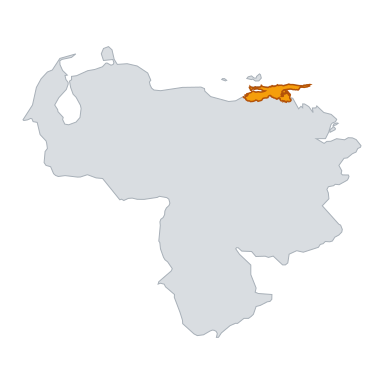 location of Sucre within Venezuela
{"feature_id": "VEN-49", "entity_name": "Sucre", "entity_type": "State", "adm_level": 1, "iso_a3": "VEN", "parent_name": "Venezuela", "parent_adm1": "", "projection": "albers", "projection_center": [-63.33, 10.402], "detail": "fine", "context": "in_parent", "style": "filled", "palette": "amber", "viewbox_px": 384, "rotation_deg": 0, "n_neighbors": 0, "source": "natural_earth", "source_scale": "10m", "svg_char_len": 8787}
<svg xmlns="http://www.w3.org/2000/svg" viewBox="0 0 384 384"><path d="M356.2,139.6L361.0,145.7L360.5,147.2L357.7,148.6L356.0,152.1L352.4,153.7L347.3,157.9L344.0,158.3L338.9,165.4L341.8,170.8L341.1,173.5L342.4,174.9L348.4,175.0L349.0,176.5L348.2,178.7L347.2,180.2L339.1,184.7L335.2,184.3L333.6,185.7L328.4,186.7L326.9,189.4L328.3,192.9L328.9,198.8L322.3,205.8L338.8,224.2L340.6,225.1L342.3,229.4L341.8,232.0L338.9,235.0L334.8,237.2L332.4,241.0L329.8,241.8L325.3,241.5L323.1,243.7L320.3,244.4L318.4,247.3L303.3,252.2L296.7,250.7L289.1,254.2L287.8,262.9L285.4,264.9L282.6,264.9L273.2,256.1L268.4,257.4L265.2,256.2L255.9,256.5L251.6,251.5L241.8,251.1L238.1,247.7L236.5,247.7L235.7,248.8L239.5,254.3L250.8,265.0L250.8,274.6L256.1,288.0L255.2,292.2L258.3,293.5L271.9,294.5L271.8,299.3L270.0,301.4L267.3,301.8L260.3,305.4L256.1,306.5L253.4,314.3L251.1,316.5L248.5,318.4L243.9,318.4L237.6,323.4L235.4,323.3L230.0,325.7L221.4,332.9L218.5,337.3L216.4,337.4L217.3,333.5L216.2,331.4L214.2,330.3L212.3,330.1L209.9,331.1L203.5,334.8L197.3,335.6L194.0,333.9L182.7,323.7L182.5,320.3L180.0,312.3L174.3,297.3L174.5,294.5L165.5,286.8L164.2,284.2L160.5,283.2L158.1,284.1L158.8,281.7L171.2,271.0L172.3,268.7L167.6,261.8L165.0,259.8L163.5,257.3L160.5,248.9L159.8,242.5L158.8,241.1L160.3,225.4L159.9,221.9L160.8,219.3L163.2,217.5L164.6,214.7L164.9,211.0L166.4,207.9L169.0,205.5L169.9,203.1L168.8,199.1L166.7,197.6L159.4,196.3L157.3,197.4L143.9,199.4L137.2,199.3L132.2,198.1L128.3,198.4L123.8,200.5L121.6,199.2L119.8,199.8L102.6,178.5L96.1,177.9L87.4,174.7L80.4,177.0L77.5,177.1L65.1,175.6L58.3,176.5L55.5,175.4L53.6,173.7L50.6,166.7L46.0,165.4L44.1,162.6L45.1,151.5L47.4,148.5L46.7,143.4L46.1,141.0L40.1,134.6L37.2,122.4L33.1,121.6L32.0,118.9L30.8,118.4L27.4,119.9L23.8,120.5L23.0,119.8L32.5,105.0L36.4,87.4L41.1,78.8L47.4,72.0L52.3,70.0L59.9,58.4L75.8,53.9L71.5,57.4L62.0,59.4L59.8,60.8L60.0,64.7L62.6,70.5L67.3,75.1L65.0,75.5L65.9,79.5L68.1,82.4L68.2,84.1L66.3,89.5L58.8,97.7L54.7,105.0L57.6,109.5L58.0,111.7L63.2,117.4L62.6,119.5L64.8,124.1L68.6,124.8L76.0,122.1L80.0,117.5L81.1,108.5L80.4,105.2L76.1,97.3L73.1,94.2L70.6,87.3L69.5,81.1L71.6,79.7L71.5,76.4L76.6,75.7L87.7,70.7L94.6,69.5L102.4,66.8L105.8,63.2L107.0,63.0L111.0,65.2L113.1,64.5L113.9,62.8L112.8,59.5L103.5,60.5L101.3,53.8L103.5,48.5L108.5,46.6L112.0,49.8L114.2,59.4L117.3,64.4L127.2,63.7L137.2,66.0L147.7,73.0L150.8,80.2L149.4,82.0L150.1,85.0L151.6,88.1L153.9,90.0L160.6,90.7L182.5,87.4L201.0,87.1L204.5,88.6L204.8,91.1L210.7,96.6L228.7,101.5L235.6,100.8L252.1,91.8L260.9,92.0L263.4,90.7L260.2,89.3L252.9,88.7L250.6,89.6L249.4,87.3L259.9,86.6L269.3,87.1L276.9,85.5L282.9,85.5L289.0,84.4L300.4,85.7L309.4,84.6L308.4,86.1L300.7,87.3L297.0,89.5L289.2,89.1L283.8,90.0L285.5,90.6L285.5,92.8L287.1,93.3L289.4,96.1L290.0,98.4L288.1,102.0L290.3,101.6L291.6,100.4L291.6,97.9L292.8,98.3L298.6,108.8L301.0,106.3L302.7,107.8L302.7,103.9L304.6,104.0L308.8,106.6L313.1,112.6L312.4,108.0L315.9,107.9L316.8,105.9L323.8,112.5L331.2,114.4L336.7,119.3L335.5,121.8L332.3,123.0L331.0,124.5L328.6,132.4L325.5,138.6L316.2,138.7L324.1,143.4L326.8,141.4L330.8,141.3L336.6,138.7L344.6,139.8L348.2,137.7L352.5,137.9L356.2,139.6ZM260.5,74.8L261.3,78.1L258.8,80.9L255.4,81.0L252.8,79.1L251.4,79.6L246.8,78.5L248.2,76.8L251.5,75.9L254.0,78.0L256.1,78.1L256.6,76.4L259.5,73.9L260.5,74.8ZM335.1,129.7L330.1,132.3L329.9,129.8L333.7,126.7L335.4,128.5L335.1,129.7ZM226.7,80.3L225.4,80.9L221.7,79.5L222.5,78.6L224.5,78.6L226.7,80.3ZM336.0,124.9L333.0,125.8L333.9,123.9L337.0,122.9L338.2,123.3L336.0,124.9Z" fill="#d9dde1" stroke="#a8b0b8" stroke-width="1"/><path d="M243.4,97.0L243.5,96.9L243.8,97.0L244.4,97.2L244.6,97.3L245.1,97.1L245.8,96.4L246.6,96.2L247.1,95.9L247.4,95.7L247.3,95.3L246.6,95.6L246.0,95.6L245.5,95.4L245.1,95.2L245.2,94.9L245.5,95.0L245.8,95.1L246.1,95.2L246.4,95.1L246.9,94.8L247.3,94.7L247.2,94.3L247.2,94.2L247.3,94.0L246.8,94.0L246.8,93.8L247.3,93.6L247.5,93.7L247.6,94.0L247.6,94.4L247.7,94.8L247.9,94.8L248.1,94.5L248.3,94.1L248.3,93.5L249.3,93.1L250.6,92.7L251.5,92.3L251.7,91.9L251.9,91.5L252.1,91.3L252.7,91.2L253.2,91.2L253.6,91.3L253.9,91.4L255.0,91.9L255.5,92.1L256.1,92.1L256.7,92.1L258.2,91.7L258.7,91.8L259.7,92.0L260.2,92.1L261.2,92.1L264.6,91.3L265.3,90.9L264.8,90.8L264.1,90.9L263.5,90.8L262.9,90.5L262.4,90.1L261.2,89.5L260.6,89.3L259.3,89.3L258.7,89.2L258.1,88.9L257.6,88.7L256.9,88.7L255.6,89.0L255.8,88.8L256.0,88.5L255.6,88.5L255.4,88.6L255.2,88.8L255.0,89.0L254.6,89.0L252.9,88.9L252.6,89.0L251.8,89.4L251.6,89.5L251.4,89.6L251.2,90.2L251.0,90.3L250.6,90.2L250.4,89.9L250.4,89.5L250.4,89.2L250.2,88.7L249.7,88.2L249.4,87.7L249.5,87.2L249.8,87.1L250.0,86.9L250.1,86.7L250.1,86.4L250.5,86.8L250.8,87.0L251.9,87.2L252.2,87.4L252.9,87.7L253.2,87.8L253.5,87.7L255.0,87.0L255.2,86.9L255.6,86.9L255.9,87.2L256.0,87.3L258.3,87.2L258.9,87.4L259.3,87.2L260.2,87.0L260.6,86.9L260.8,86.6L261.0,86.3L261.2,85.8L261.3,85.3L261.5,85.3L261.8,85.9L262.2,86.3L262.8,86.6L265.4,87.2L267.9,87.5L268.4,87.4L269.4,86.8L270.0,86.5L270.5,86.8L270.7,86.4L270.9,86.4L271.2,86.5L271.6,86.6L271.8,85.9L272.0,85.7L272.2,85.9L272.3,86.0L272.5,86.0L272.7,85.9L272.8,86.0L272.7,86.2L273.2,86.4L273.4,86.1L273.7,86.1L274.1,86.3L274.5,86.4L274.7,86.1L274.9,86.0L275.1,86.1L275.4,86.2L275.6,86.1L277.4,84.9L277.6,84.8L277.7,85.0L277.8,85.2L277.9,85.4L278.2,85.5L278.5,85.5L278.9,85.4L279.1,85.2L279.6,85.3L281.3,85.2L281.8,85.2L282.8,85.6L283.4,85.7L284.0,85.6L285.0,85.3L285.9,85.1L288.6,84.2L288.9,84.1L289.5,84.4L289.8,84.5L290.1,84.5L290.6,84.6L293.0,84.6L296.6,85.3L299.6,85.7L301.4,85.7L302.2,86.0L302.6,86.0L302.9,85.9L303.6,85.4L303.9,85.3L305.5,85.3L306.3,85.1L306.9,84.8L307.2,85.0L307.8,84.8L308.1,85.1L308.5,84.8L309.1,84.6L309.8,84.5L310.3,84.6L309.9,84.8L309.5,85.0L309.3,85.4L309.4,86.0L309.0,85.9L308.8,86.0L308.5,86.3L308.0,86.5L307.6,86.8L307.4,86.8L307.1,86.8L306.9,86.8L306.6,86.8L306.4,87.0L304.8,87.2L304.2,87.4L302.1,87.1L300.5,87.2L300.2,87.4L299.9,87.7L298.7,89.5L298.1,90.0L297.6,89.9L297.0,89.6L296.6,89.6L296.1,89.8L295.5,89.8L295.2,89.8L294.7,89.6L294.2,89.5L293.8,89.6L293.5,89.6L293.0,89.6L291.4,89.1L290.0,89.0L284.2,89.8L283.5,90.0L283.2,90.3L283.0,90.7L282.4,91.2L281.8,91.6L281.4,91.8L282.1,91.6L283.5,90.5L284.3,90.0L285.2,89.9L285.6,90.4L285.6,91.2L285.6,91.8L285.8,92.6L285.8,93.1L285.7,93.3L285.1,93.5L284.7,93.4L284.4,93.0L284.2,93.0L282.5,92.9L281.7,93.1L281.5,93.7L282.2,93.3L282.4,93.9L282.5,94.2L282.7,94.4L282.4,94.5L282.0,95.0L281.7,95.2L282.2,95.5L282.1,95.8L281.8,96.1L281.5,96.4L283.0,96.4L283.3,96.2L283.4,95.7L282.9,94.7L283.1,94.2L282.8,94.0L282.7,93.7L282.8,93.4L283.1,93.1L283.5,93.1L283.9,93.3L284.6,94.0L284.9,93.8L285.1,93.8L285.4,93.7L285.6,93.7L286.4,93.2L286.6,93.1L287.0,93.2L287.5,93.4L287.9,93.6L288.2,93.8L288.3,94.0L288.3,94.5L288.5,94.9L289.1,95.3L289.5,95.6L289.7,96.0L289.9,96.4L289.9,96.9L289.7,97.7L289.7,98.0L290.0,98.6L290.1,98.8L290.3,98.9L290.5,99.0L290.6,99.5L290.9,99.9L290.9,100.1L290.8,100.5L290.5,100.9L290.2,101.3L289.8,101.5L289.5,101.5L289.0,101.6L288.8,101.6L288.5,101.6L288.3,101.5L288.2,101.3L287.6,101.2L287.2,101.2L286.8,101.4L286.7,101.7L286.6,101.9L286.5,102.1L286.3,102.3L286.0,102.3L285.9,102.2L285.8,101.7L285.7,101.5L285.3,101.4L284.6,101.7L284.3,101.6L284.2,101.4L284.3,101.2L284.3,100.9L284.1,100.8L283.8,100.8L283.6,100.9L283.4,101.1L283.2,101.3L283.2,101.0L283.0,100.8L282.8,100.7L282.6,100.6L282.2,100.9L281.9,101.0L281.2,100.8L281.3,100.9L280.9,100.7L280.6,100.5L280.5,100.4L280.4,99.9L280.3,99.4L280.3,99.2L280.1,98.8L280.1,98.7L279.9,98.6L279.7,98.6L279.4,98.8L279.2,98.8L279.1,98.7L278.9,98.6L278.8,98.4L278.7,98.2L278.8,97.9L277.8,98.4L277.5,98.7L277.2,99.1L276.9,99.2L276.6,99.1L276.4,98.8L276.3,98.6L276.1,98.5L275.6,98.5L275.4,98.5L275.3,98.4L275.1,98.2L274.9,98.0L273.7,97.9L273.5,97.7L273.4,97.5L273.3,97.4L273.1,97.3L272.4,97.3L272.2,97.2L271.7,96.9L271.6,96.7L271.6,96.4L271.5,96.2L270.9,96.1L270.7,96.0L270.6,95.9L270.4,95.6L270.1,95.4L269.8,95.5L269.2,95.7L268.6,96.1L268.4,96.3L268.2,96.6L268.1,96.9L268.0,97.3L268.0,97.5L267.8,97.6L267.4,97.7L266.7,97.9L266.1,98.0L265.3,97.9L264.2,98.1L263.7,98.2L263.2,98.3L262.9,98.6L262.6,98.9L261.7,100.2L261.0,100.5L258.4,101.2L258.0,101.3L257.6,100.7L257.3,100.5L256.1,100.1L255.8,100.1L255.6,100.1L255.3,100.5L254.4,100.9L252.9,101.4L251.4,101.5L250.6,101.6L250.3,101.5L250.1,101.3L249.4,100.9L249.1,100.8L248.5,100.9L248.1,101.0L247.9,100.9L247.2,100.5L247.0,100.4L246.8,100.3L246.7,100.1L246.5,99.9L246.2,99.8L246.0,99.7L245.9,99.6L245.8,99.4L245.9,98.9L245.8,98.7L245.7,98.5L245.4,98.3L244.4,97.9L244.0,97.7L243.8,97.4L243.4,97.0ZM290.0,94.1L290.1,94.3L290.3,94.7L290.3,95.1L290.1,95.5L289.9,95.5L289.9,95.2L289.4,94.6L289.3,94.4L288.8,94.0L288.1,93.4L287.3,93.0L286.9,92.5L286.8,92.1L286.8,91.6L286.9,91.1L287.1,90.9L287.9,91.7L288.5,92.6L290.0,94.1Z" fill="#f59e0b" stroke="#b45309" stroke-width="1.5"/></svg>